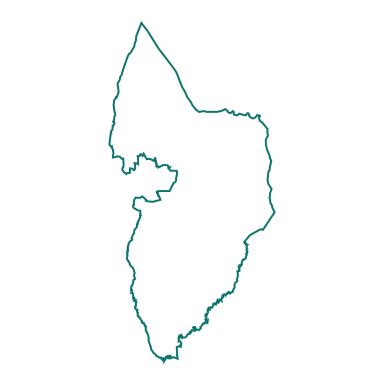 the district of Moshi, Kilimanjaro, United Republic of Tanzania
{"feature_id": "72390352B4446234130359", "entity_name": "Moshi", "entity_type": "district", "adm_level": 2, "iso_a3": "TZA", "parent_name": "United Republic of Tanzania", "parent_adm1": "Kilimanjaro", "projection": "equal_earth", "projection_center": [37.376, -3.37], "detail": "fine", "context": "isolated", "style": "outline", "palette": "teal", "viewbox_px": 384, "rotation_deg": 0, "n_neighbors": 0, "source": "geoboundaries", "source_scale": "gbopen_adm2", "svg_char_len": 6100}
<svg xmlns="http://www.w3.org/2000/svg" viewBox="0 0 384 384"><path d="M133.7,274.4L135.1,278.9L133.3,280.1L133.4,281.1L132.8,284.0L132.2,285.5L131.6,285.6L131.0,288.9L132.0,290.0L131.1,290.6L132.1,292.0L131.4,292.9L132.3,292.9L132.8,293.6L133.1,294.7L133.2,299.2L133.9,299.7L134.0,298.0L134.3,297.9L134.7,300.3L135.6,300.1L135.4,300.6L134.6,301.2L136.4,301.8L135.8,303.8L136.0,305.2L135.4,306.0L135.7,306.8L135.0,307.1L134.9,307.6L135.5,309.0L137.4,309.8L136.9,311.8L137.9,312.6L137.6,314.7L137.8,315.9L138.7,316.2L138.6,317.3L140.2,318.1L140.4,319.1L142.1,321.2L141.7,322.4L142.2,322.9L143.8,322.9L144.1,324.5L145.0,325.0L145.1,326.4L146.0,326.5L145.6,329.1L146.4,330.5L146.0,331.4L147.3,332.8L147.5,334.1L148.1,335.2L148.7,337.9L148.6,340.9L150.8,347.0L151.0,349.1L153.6,353.0L155.9,354.8L156.5,356.2L157.9,356.4L159.5,357.7L160.3,357.6L162.9,360.3L162.5,358.5L163.3,359.0L163.6,358.5L164.4,359.6L164.2,361.0L165.5,359.3L165.8,357.0L167.9,355.9L168.8,356.1L169.9,355.6L170.6,356.2L169.6,357.0L167.0,357.2L167.0,357.8L169.5,358.5L173.8,357.2L177.6,358.8L177.3,357.2L177.5,356.3L176.8,354.8L177.2,353.9L176.9,352.0L177.2,351.1L176.7,349.0L176.9,347.0L179.0,346.4L180.9,346.8L181.0,346.0L179.9,345.5L181.2,344.4L181.3,343.2L180.3,341.4L177.8,341.7L179.1,340.9L178.9,339.4L178.6,339.1L178.8,336.5L179.9,335.4L180.3,336.1L180.9,335.6L180.8,336.9L181.3,336.6L181.1,337.3L181.7,337.8L181.9,336.1L182.8,337.6L185.5,337.4L187.0,335.7L187.5,334.4L189.6,333.9L189.5,331.4L190.7,333.5L190.6,331.4L191.0,331.1L191.0,332.0L191.4,331.8L191.7,330.3L194.6,330.8L195.3,331.5L193.0,327.6L193.1,326.9L193.4,327.8L193.6,327.6L193.3,326.6L193.7,327.0L195.0,327.0L196.4,330.0L197.7,329.6L199.0,330.0L200.6,328.5L200.4,327.2L201.2,326.6L202.8,323.8L203.8,323.9L203.8,323.2L204.6,322.5L207.4,323.1L207.7,320.6L207.0,321.3L206.7,320.2L206.2,321.2L205.3,319.6L206.6,317.8L206.0,316.2L205.4,316.1L205.4,315.1L205.9,314.2L206.6,315.3L207.0,314.9L208.0,312.2L207.5,310.7L207.8,310.2L208.3,310.7L208.5,310.5L208.0,309.2L208.4,308.1L208.9,307.7L209.9,309.0L210.1,307.9L211.0,307.2L211.9,307.7L213.0,305.9L213.4,303.6L214.9,303.5L215.3,304.5L216.0,304.6L216.7,301.9L217.7,302.4L217.4,300.9L217.7,299.8L218.1,300.2L218.2,301.1L219.0,301.7L220.0,299.5L221.5,300.9L221.3,299.2L221.9,298.4L222.4,296.1L223.1,297.0L223.4,296.6L223.4,295.2L224.0,295.0L224.1,294.3L225.7,294.3L225.9,295.1L226.5,294.1L227.0,294.0L227.0,293.3L228.9,291.8L229.2,292.1L229.0,293.2L230.1,293.6L231.9,292.0L232.6,292.0L233.3,289.5L234.5,287.8L234.5,285.0L235.1,282.9L237.3,281.2L237.0,279.7L238.0,275.1L237.4,271.2L239.4,271.0L239.6,270.1L238.9,269.1L239.7,267.8L239.3,267.4L238.9,267.6L238.6,266.8L239.3,266.4L239.4,265.4L240.5,265.9L240.7,265.2L241.3,265.3L241.8,264.8L241.9,264.2L241.5,264.0L242.2,261.0L243.0,260.3L243.0,259.7L243.6,259.8L245.7,258.4L245.6,257.6L246.7,255.1L246.5,254.4L246.7,253.8L246.2,254.2L246.1,253.8L247.2,252.0L247.0,251.5L247.2,250.7L246.7,250.6L246.5,249.9L246.6,248.9L247.2,248.3L246.6,247.4L246.8,245.3L247.3,244.8L246.1,244.6L246.1,243.5L245.1,243.5L245.0,242.5L244.4,242.6L244.2,242.1L249.9,235.2L260.2,229.4L260.9,229.2L262.9,229.9L274.6,212.3L272.3,207.6L271.9,205.3L270.4,202.9L270.0,199.2L269.4,198.0L270.1,195.8L269.9,193.6L271.6,189.1L268.4,184.0L267.5,180.0L268.4,171.9L269.6,170.0L269.8,167.1L271.3,161.0L269.8,157.7L269.7,155.9L267.1,149.8L265.9,144.8L265.8,139.6L267.9,135.7L267.3,131.7L267.6,129.1L262.3,122.6L259.7,120.7L258.9,117.2L259.0,116.6L260.0,116.3L259.9,115.7L257.2,115.0L255.5,117.4L253.3,118.4L251.3,117.9L249.2,116.1L248.9,114.0L248.1,113.2L247.4,113.2L245.9,115.2L243.9,115.1L239.3,113.7L237.4,115.3L235.3,115.0L233.8,114.4L233.7,111.9L232.8,111.1L230.7,113.0L229.7,113.0L228.2,112.2L226.4,109.8L224.9,109.2L222.4,110.6L217.2,111.9L206.4,111.8L203.8,111.1L199.2,111.9L196.4,110.1L192.6,105.5L191.1,102.5L187.4,97.3L185.0,91.9L182.2,87.2L176.4,72.4L173.1,67.5L158.4,48.3L147.5,30.9L141.4,23.0L136.3,36.0L135.9,40.6L134.9,42.8L134.2,46.5L130.5,52.9L129.0,54.0L127.8,56.1L122.9,70.2L121.9,74.2L120.1,77.3L119.9,79.5L117.7,83.4L117.7,85.8L118.1,86.9L118.6,92.2L117.1,96.6L116.2,96.7L116.1,98.1L114.9,99.0L114.3,100.2L113.5,105.6L113.9,106.4L114.2,110.5L115.3,114.1L115.2,115.1L114.4,116.5L114.1,119.7L113.2,121.7L113.3,122.0L114.1,121.9L114.5,122.9L113.2,126.1L112.7,125.9L112.5,129.5L111.4,130.7L110.9,132.1L111.3,133.4L110.7,133.7L109.4,144.1L109.8,145.3L111.3,146.9L111.9,146.4L112.2,148.4L113.0,149.8L113.0,151.2L113.5,152.7L112.8,156.6L113.1,157.6L117.4,156.4L119.8,156.7L121.8,158.8L123.2,158.6L123.7,164.8L123.2,167.2L122.4,168.2L122.4,169.8L124.0,172.4L125.2,172.9L126.2,174.1L126.9,173.2L129.7,172.9L130.1,172.1L129.8,170.2L130.1,168.3L132.6,168.8L133.7,170.2L134.3,170.1L135.1,168.6L135.0,164.9L134.5,163.2L135.9,163.2L138.1,164.3L138.1,158.5L137.6,156.2L140.1,155.7L140.2,154.5L140.9,154.1L141.6,154.4L142.7,155.9L143.7,153.7L146.7,159.1L150.0,158.9L154.2,161.0L154.4,159.3L154.9,158.2L155.3,158.2L155.5,160.2L156.1,160.9L156.0,163.3L156.8,163.8L156.2,165.0L156.5,166.6L158.2,166.3L158.4,167.5L163.5,165.0L167.0,165.2L168.0,165.6L168.3,167.7L169.9,167.2L169.1,168.9L170.4,170.7L176.7,170.8L177.1,173.6L176.1,178.1L176.1,180.7L174.7,182.5L173.3,183.1L173.3,183.8L172.1,185.8L169.7,191.1L159.5,191.0L157.3,191.4L156.7,192.0L156.9,193.0L158.0,193.3L158.1,195.4L158.8,195.7L158.5,196.2L159.6,197.4L160.4,199.8L152.5,201.9L147.1,201.2L145.8,200.8L146.1,199.7L142.3,196.4L140.4,197.8L135.4,197.7L134.1,200.2L134.0,203.2L133.6,204.0L134.0,204.8L132.9,205.8L132.9,206.5L133.7,207.9L138.0,210.4L140.2,210.8L140.5,213.1L140.1,213.8L140.8,215.4L139.9,215.8L140.3,217.6L139.2,218.9L139.1,220.1L137.7,221.8L138.0,223.7L136.8,224.2L137.1,225.9L136.8,227.1L134.4,229.9L134.1,233.2L132.8,234.8L132.5,236.4L131.5,238.2L132.3,239.5L131.5,240.5L130.7,240.8L128.6,243.3L128.6,245.2L127.8,246.1L127.6,247.1L128.1,247.6L127.6,249.3L128.0,249.7L127.4,250.4L128.0,251.2L127.0,252.4L127.5,253.8L127.0,254.5L127.5,255.4L126.9,258.2L127.9,260.8L128.7,261.3L129.8,263.8L129.8,264.5L130.4,265.0L130.8,266.1L132.5,267.3L133.9,270.2L134.7,273.3L133.9,274.7L133.7,274.4Z" fill="none" stroke="#0f766e" stroke-width="2"/></svg>